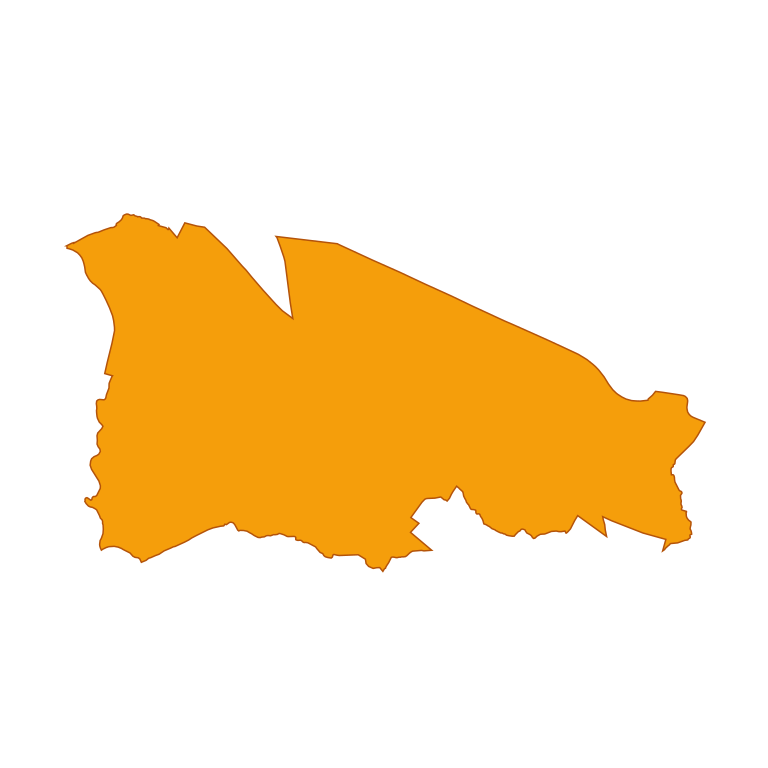 the district of Tzompantepec, Tlaxcala, Mexico, rotated 352°
{"feature_id": "50627088B59818276904858", "entity_name": "Tzompantepec", "entity_type": "district", "adm_level": 2, "iso_a3": "MEX", "parent_name": "Mexico", "parent_adm1": "Tlaxcala", "projection": "robinson", "projection_center": [-98.081, 19.383], "detail": "fine", "context": "isolated", "style": "filled", "palette": "amber", "viewbox_px": 768, "rotation_deg": 352, "n_neighbors": 0, "source": "geoboundaries", "source_scale": "gbopen_adm2", "svg_char_len": 6093}
<svg xmlns="http://www.w3.org/2000/svg" viewBox="0 0 768 768"><g transform="rotate(352 384 384)"><path d="M104.9,235.2L105.0,235.2L106.1,238.3L107.6,241.1L109.5,243.6L111.7,245.6L116.2,251.0L117.1,252.8L118.3,256.0L120.4,262.2L122.8,270.3L124.7,278.6L125.1,283.8L125.0,290.2L124.6,293.7L120.3,305.8L112.9,324.2L108.9,334.8L116.3,338.1L115.6,338.8L112.2,344.5L111.8,345.5L111.1,349.7L107.7,355.9L106.5,359.2L105.5,360.3L104.5,360.7L100.2,359.7L98.6,359.9L97.1,360.9L96.4,363.4L96.4,365.9L96.2,368.3L95.6,370.3L95.4,372.7L95.3,376.1L95.5,378.2L96.8,382.2L98.9,385.0L99.8,386.7L98.3,388.9L93.7,392.7L92.6,395.3L92.3,399.7L91.5,403.6L92.2,406.3L93.6,408.9L93.7,411.3L91.8,413.8L89.8,414.8L86.8,415.6L84.1,417.3L82.8,419.5L81.7,423.5L82.5,427.7L88.2,440.5L89.0,445.2L88.5,447.9L84.1,454.3L82.6,455.2L80.7,455.0L80.0,455.3L79.1,456.2L78.6,457.8L77.5,458.3L75.1,456.0L74.0,455.2L72.6,455.5L71.9,456.4L71.8,457.8L71.4,458.6L72.4,461.0L74.3,463.7L76.1,464.9L78.2,465.6L80.5,467.3L81.9,468.6L83.9,474.6L84.5,477.4L85.9,479.3L86.2,480.9L85.9,482.9L86.2,484.5L85.8,488.9L84.9,493.1L82.6,497.5L81.1,499.5L80.1,503.1L80.0,504.6L80.3,506.9L81.0,509.2L82.7,508.4L86.1,507.3L88.8,506.8L94.2,507.2L98.0,508.5L101.1,510.3L102.8,511.7L109.0,516.0L111.4,519.6L113.3,521.0L116.5,521.9L117.9,523.4L118.9,526.8L123.9,525.5L126.7,523.8L128.8,523.5L134.1,522.0L137.5,521.3L142.9,518.7L143.9,518.4L149.9,516.8L152.7,515.9L154.5,515.8L164.6,512.8L168.9,511.3L172.2,509.7L177.2,507.9L189.2,503.9L194.6,502.7L202.4,502.1L205.4,502.2L205.8,502.0L206.8,500.7L208.4,501.3L211.7,499.6L212.9,499.5L214.0,499.8L215.5,500.6L216.7,502.6L218.1,506.3L218.8,508.3L219.8,509.3L221.0,508.9L224.5,509.5L227.9,510.7L230.4,512.7L232.1,513.9L234.4,516.0L237.9,518.4L240.0,518.9L241.5,518.6L244.3,518.7L246.4,517.9L248.0,517.9L250.6,518.5L253.7,517.8L255.1,518.1L257.5,518.1L259.3,517.4L260.7,517.8L264.1,519.5L266.9,521.5L268.1,521.8L273.7,522.4L274.6,522.8L275.0,523.1L275.2,523.4L275.3,523.9L275.0,525.2L275.0,525.8L275.3,526.2L277.0,526.9L279.0,527.0L280.0,527.3L280.7,527.9L281.9,529.4L282.9,529.9L284.4,530.0L286.6,530.7L293.6,535.8L294.7,537.9L297.3,541.9L299.7,543.4L300.6,545.6L301.8,546.9L304.2,548.0L307.5,549.0L308.8,548.2L309.7,546.2L310.6,545.8L313.7,547.0L315.8,547.6L334.7,549.5L341.2,554.9L341.3,559.3L343.4,562.5L347.6,565.1L351.2,564.9L354.2,565.2L356.8,569.4L358.6,567.2L359.1,566.8L359.8,566.7L360.4,565.5L361.5,564.1L363.8,561.5L367.0,556.8L367.9,556.5L369.6,556.8L371.7,557.6L372.9,557.8L374.6,557.6L376.5,557.8L377.2,557.6L379.5,557.9L381.2,557.9L382.7,557.2L385.9,554.9L387.9,553.9L389.1,553.5L398.0,554.0L400.3,554.8L408.1,555.3L389.6,534.6L399.2,526.8L392.0,520.0L405.2,506.3L408.4,503.8L409.8,503.4L411.3,503.4L418.5,504.1L424.3,503.8L424.7,504.0L427.4,507.0L429.0,507.5L430.2,508.7L432.9,506.3L435.5,502.4L437.5,499.9L441.7,495.3L443.7,497.5L444.2,498.3L446.9,501.5L447.2,502.8L447.3,506.0L447.9,508.0L449.0,510.9L449.1,512.2L450.3,514.6L450.9,515.1L452.4,519.7L453.2,520.4L455.5,520.9L457.2,521.7L457.3,522.1L457.1,524.4L457.5,525.2L458.0,525.7L459.3,525.7L460.1,525.9L460.7,526.4L461.2,528.5L462.4,530.9L463.0,533.1L463.4,536.4L465.7,537.6L467.0,538.8L468.5,539.8L470.8,542.3L473.7,543.9L474.0,544.4L476.6,546.3L478.8,547.7L480.4,548.1L481.5,549.0L482.7,549.3L484.4,550.8L486.8,551.7L489.9,552.6L491.8,552.8L493.1,551.5L496.5,548.9L498.2,548.4L499.5,547.1L500.6,546.9L501.7,547.2L503.3,548.1L503.7,549.4L504.7,551.4L507.8,553.6L508.9,554.9L509.7,556.8L510.7,557.8L512.1,557.6L514.5,555.9L517.9,554.6L520.0,554.7L521.8,554.9L522.9,554.8L529.3,553.3L534.1,553.6L536.5,554.5L538.8,554.9L542.7,554.8L543.5,557.0L543.9,557.0L545.4,556.0L548.5,553.4L553.9,545.7L557.5,541.3L583.2,566.0L582.8,559.4L583.0,553.8L582.3,549.2L582.1,545.8L590.2,551.0L619.7,567.6L641.5,577.1L636.7,588.1L638.7,587.1L640.2,585.6L643.3,583.5L644.3,583.0L644.9,582.3L645.7,581.9L652.7,582.2L660.1,580.7L663.1,580.7L663.9,579.7L665.3,579.2L665.8,578.7L666.0,577.8L665.8,577.4L665.8,576.5L666.0,576.1L667.8,575.5L667.8,573.4L667.5,571.6L667.1,570.7L667.0,569.9L667.5,568.2L668.3,566.3L668.8,563.5L668.5,563.0L666.8,561.3L666.2,560.4L665.2,558.3L665.0,556.7L665.2,554.6L665.1,553.6L665.8,552.8L665.7,552.2L661.7,550.4L661.1,549.8L661.2,548.9L662.0,547.7L661.9,546.2L661.4,544.7L661.5,543.3L662.0,541.8L662.1,540.3L661.8,538.9L662.1,535.6L663.8,533.7L663.9,532.7L663.4,531.8L662.1,531.0L661.4,530.1L658.5,521.6L658.4,519.5L658.6,516.7L658.3,514.9L657.6,514.1L656.0,513.9L656.1,510.1L656.5,507.8L657.2,506.8L658.7,506.2L658.9,506.0L659.2,504.3L659.4,504.0L660.4,503.8L660.9,503.4L661.9,499.8L662.8,498.8L677.4,488.1L682.5,484.1L687.8,478.1L696.6,466.6L685.6,460.1L683.8,458.8L682.1,456.8L680.8,454.1L680.6,451.1L680.7,449.1L682.2,443.8L682.4,442.4L682.2,440.4L680.7,438.3L679.1,437.2L674.2,435.6L659.1,431.1L651.9,429.1L648.3,432.5L643.6,435.6L643.1,436.8L635.5,436.6L631.4,435.9L626.9,434.9L621.6,432.6L617.8,430.0L614.2,426.9L612.9,425.6L609.7,421.5L606.3,415.3L602.9,407.5L598.6,400.1L595.9,396.3L593.6,393.6L588.3,388.0L580.6,381.7L553.3,364.0L521.4,344.0L511.9,338.2L482.3,319.1L462.9,306.2L438.6,290.8L414.7,275.2L390.0,259.8L358.8,239.7L357.3,238.6L297.7,222.9L298.4,224.1L300.4,233.3L302.5,244.5L303.0,248.8L302.5,291.1L302.8,306.5L293.5,297.3L287.9,289.9L277.1,274.0L267.9,259.7L263.3,252.1L259.8,247.2L247.3,228.0L228.2,203.8L220.6,201.5L209.4,196.8L209.2,196.7L199.5,210.4L192.7,199.7L192.3,200.8L192.0,201.0L191.6,201.0L189.9,198.9L182.6,195.7L183.4,194.7L179.3,191.0L177.9,190.0L174.3,188.3L174.2,188.0L171.7,187.2L171.2,187.3L169.8,186.4L167.2,186.0L166.5,185.0L165.8,184.4L164.5,184.1L163.3,184.2L162.9,183.7L161.0,182.9L160.3,182.4L159.8,181.6L156.8,181.8L154.1,180.1L152.5,179.9L150.5,180.4L149.2,181.0L147.9,183.5L146.4,185.1L144.1,186.6L141.7,187.7L141.0,188.5L141.1,189.7L138.5,191.1L137.0,191.3L135.3,191.1L128.3,192.4L121.9,194.0L120.1,193.9L118.6,194.1L111.5,195.6L96.6,201.3L96.3,201.4L96.4,200.8L94.2,201.2L88.9,203.0L89.3,203.1L89.0,205.5L91.1,206.3L94.5,208.0L98.8,211.4L100.7,214.0L102.3,217.0L103.2,220.3L103.6,223.1L103.9,226.6L103.9,231.9L104.9,235.2Z" fill="#f59e0b" stroke="#b45309" stroke-width="1.5"/></g></svg>